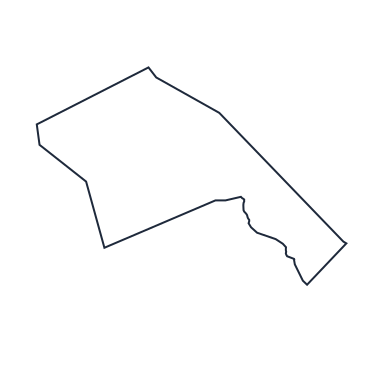 SVG path tracing the border of Saint Peter, rotated 66°
{"feature_id": "BRB-1997", "entity_name": "Saint Peter", "entity_type": "Parish", "adm_level": 1, "iso_a3": "BRB", "parent_name": "Barbados", "parent_adm1": "", "projection": "robinson", "projection_center": [-59.597, 13.271], "detail": "fine", "context": "isolated", "style": "outline", "palette": "slate", "viewbox_px": 384, "rotation_deg": 66, "n_neighbors": 0, "source": "natural_earth", "source_scale": "10m", "svg_char_len": 746}
<svg xmlns="http://www.w3.org/2000/svg" viewBox="0 0 384 384"><g transform="rotate(66 192 192)"><path d="M301.7,71.9L323.5,124.6L318.1,126.8L299.9,127.5L295.6,126.4L295.2,126.0L294.6,126.0L289.4,131.2L287.6,131.4L286.1,131.2L285.0,130.3L283.9,130.1L282.3,129.5L280.7,128.6L276.2,130.1L269.1,134.7L255.7,149.1L248.3,152.4L243.6,153.0L241.8,151.5L240.7,151.1L239.9,151.3L238.8,151.5L237.9,151.5L235.5,151.1L234.1,151.3L232.8,151.7L231.1,152.3L229.6,152.3L227.0,151.3L224.8,150.4L222.9,149.3L221.9,148.2L220.9,147.8L220.1,147.4L219.2,147.8L218.2,148.6L216.3,149.3L213.3,164.8L209.2,174.1L207.3,294.7L139.4,284.5L86.9,312.1L67.1,306.3L60.5,181.1L72.8,178.1L130.8,134.9L298.9,73.9L301.7,71.9Z" fill="none" stroke="#1e293b" stroke-width="2"/></g></svg>